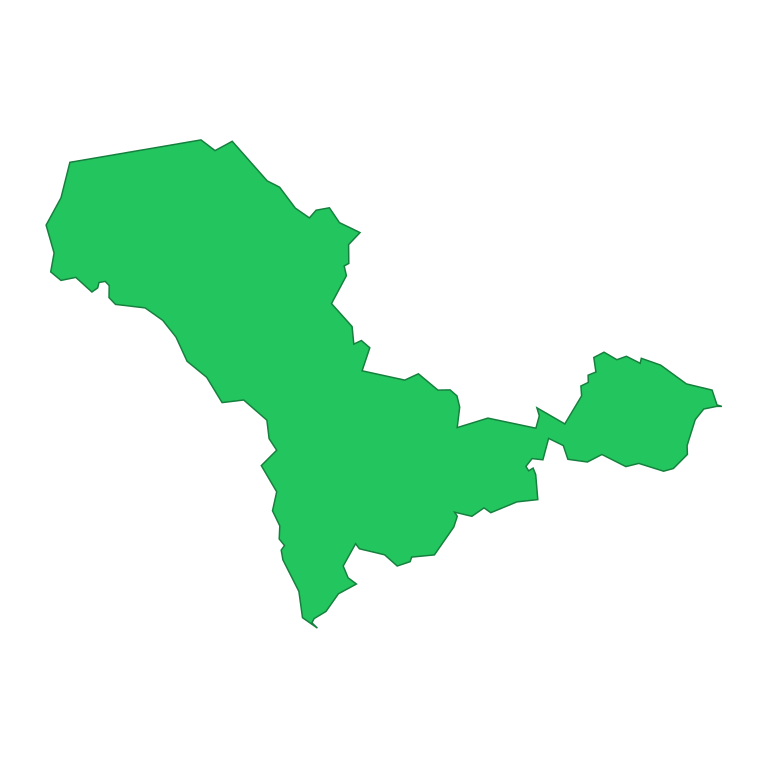 Valandovo, Valandovo, North Macedonia
{"feature_id": "65306769B91068225618475", "entity_name": "Valandovo", "entity_type": "district", "adm_level": 2, "iso_a3": "MKD", "parent_name": "North Macedonia", "parent_adm1": "Valandovo", "projection": "mercator", "projection_center": [22.574, 41.338], "detail": "fine", "context": "isolated", "style": "filled", "palette": "green", "viewbox_px": 768, "rotation_deg": 0, "n_neighbors": 0, "source": "geoboundaries", "source_scale": "gbopen_adm2", "svg_char_len": 1717}
<svg xmlns="http://www.w3.org/2000/svg" viewBox="0 0 768 768"><path d="M97.7,287.9L99.0,282.5L105.2,281.4L109.2,285.6L109.0,297.6L115.5,304.4L145.1,307.9L162.7,320.3L176.0,337.1L187.1,361.3L206.7,377.3L222.1,402.6L243.7,400.0L266.9,420.2L269.1,438.7L276.7,450.2L261.3,465.6L276.7,491.8L272.5,510.8L279.8,525.9L279.2,539.0L284.5,545.5L281.2,550.1L282.9,559.8L298.9,591.4L302.5,617.7L317.4,628.1L311.9,622.8L314.1,618.6L326.0,611.4L338.4,593.8L356.4,584.0L348.1,577.8L343.2,566.0L355.6,543.7L359.4,548.8L384.6,554.8L397.2,566.0L410.1,561.7L411.7,557.1L434.4,554.9L453.8,527.0L457.3,516.3L454.6,512.2L471.9,516.3L484.0,507.9L490.8,512.7L516.8,501.9L537.8,499.6L535.7,474.5L533.1,468.1L528.7,470.8L525.9,466.4L532.1,458.6L542.9,459.8L548.6,438.4L563.3,445.6L567.9,459.3L587.4,462.0L601.9,454.5L625.9,466.6L638.8,463.4L663.6,471.2L673.4,468.5L687.4,454.4L687.1,445.7L689.2,438.8L690.0,436.3L693.5,425.2L694.7,421.3L695.3,419.6L697.4,416.9L702.0,411.2L703.8,409.0L716.6,406.4L721.9,406.4L717.0,404.9L712.1,390.1L686.4,383.9L660.6,365.1L641.3,358.3L640.2,363.3L626.4,356.3L616.9,359.7L604.0,352.2L593.8,357.5L595.9,372.0L588.1,375.2L588.3,382.4L580.9,386.0L581.6,395.9L564.8,423.9L536.9,407.8L539.3,415.8L535.9,428.2L487.9,418.1L457.2,427.6L459.7,407.2L457.0,396.0L450.1,389.9L437.9,390.1L418.4,373.8L404.7,380.1L362.1,370.8L369.8,347.8L361.4,340.5L353.8,344.1L352.1,326.6L331.5,303.6L346.4,275.7L344.2,266.0L348.8,263.4L348.6,244.6L360.0,232.6L339.4,222.6L329.4,207.8L316.1,210.2L309.4,217.9L295.3,208.1L279.6,187.2L267.2,180.9L232.2,141.3L215.0,150.6L201.0,139.9L69.9,162.3L61.0,197.8L46.1,225.1L54.1,253.0L50.7,271.9L61.0,280.4L75.8,277.4L91.9,292.0L97.7,287.9Z" fill="#22c55e" stroke="#15803d" stroke-width="1.5"/></svg>